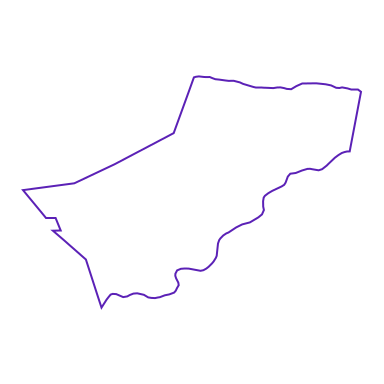 Dirceu Arcoverde, Piauí, Brazil
{"feature_id": "56859067B92104285124562", "entity_name": "Dirceu Arcoverde", "entity_type": "district", "adm_level": 2, "iso_a3": "BRA", "parent_name": "Brazil", "parent_adm1": "Piauí", "projection": "mercator", "projection_center": [-42.417, -9.344], "detail": "fine", "context": "isolated", "style": "outline", "palette": "violet", "viewbox_px": 384, "rotation_deg": 0, "n_neighbors": 0, "source": "geoboundaries", "source_scale": "gbopen_adm2", "svg_char_len": 1692}
<svg xmlns="http://www.w3.org/2000/svg" viewBox="0 0 384 384"><path d="M280.5,87.4L277.1,87.5L273.3,88.1L271.0,88.0L268.8,87.9L266.7,87.8L263.7,87.7L261.1,87.5L255.7,87.5L253.5,87.0L243.1,83.9L239.9,82.4L233.7,80.8L231.0,80.8L228.9,80.9L225.6,80.5L219.2,79.6L215.3,79.2L212.3,78.1L209.7,77.0L207.1,77.1L204.2,77.0L198.9,76.4L195.8,76.8L193.9,77.4L189.3,90.2L173.7,133.1L114.5,164.3L74.3,183.3L23.0,190.1L43.9,215.4L46.0,218.0L55.6,218.0L60.7,230.5L52.9,230.7L63.5,239.8L69.5,245.1L85.9,259.5L97.9,296.6L101.5,307.6L106.6,299.6L108.7,296.9L110.6,294.6L112.6,293.9L116.2,294.1L123.2,297.1L127.3,296.4L129.8,295.0L133.4,293.6L137.2,293.3L143.9,294.8L148.2,297.4L151.3,297.9L155.0,298.1L157.8,297.5L159.8,297.2L164.8,295.3L169.3,294.4L174.1,292.6L175.7,290.8L177.1,287.9L178.7,285.2L178.3,282.6L176.1,278.3L175.3,275.8L175.4,273.7L177.1,270.4L180.9,268.8L184.8,268.5L188.7,268.6L200.5,270.8L203.4,270.2L206.3,268.6L208.6,266.8L212.1,263.3L213.6,261.5L215.9,257.8L216.7,255.8L218.0,243.5L219.2,240.1L220.3,238.5L223.2,235.5L226.3,233.4L228.5,232.5L236.2,227.4L242.2,224.4L249.9,222.4L258.3,217.4L262.0,214.4L263.9,210.0L263.2,206.6L263.1,201.2L263.7,197.6L264.9,195.8L268.3,193.2L272.2,190.9L281.7,186.4L284.2,184.8L285.6,182.6L287.8,176.6L290.3,173.7L292.7,173.4L295.7,173.0L302.0,170.5L307.4,168.9L310.1,168.8L312.1,169.2L318.6,170.3L322.1,169.2L326.7,165.6L328.6,163.7L334.8,157.8L338.4,155.1L341.8,153.0L344.4,152.1L346.9,151.5L349.7,151.4L361.0,91.8L357.9,89.5L351.2,89.5L347.5,88.4L342.1,87.4L339.4,88.0L336.2,87.8L331.1,85.4L325.7,84.3L323.0,84.0L316.2,83.3L302.2,83.5L296.4,86.1L293.7,87.7L291.2,89.2L286.8,88.9L284.1,88.1L280.5,87.4Z" fill="none" stroke="#5b21b6" stroke-width="2"/></svg>